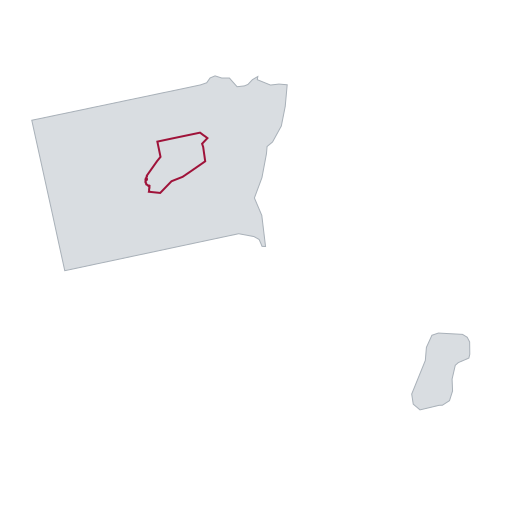 Bicurga, Centro Sur, Equatorial Guinea (highlighted), rotated 168°
{"feature_id": "11065452B87560810385120", "entity_name": "Bicurga", "entity_type": "district", "adm_level": 2, "iso_a3": "GNQ", "parent_name": "Equatorial Guinea", "parent_adm1": "Centro Sur", "projection": "albers", "projection_center": [10.52, 1.549], "detail": "fine", "context": "in_parent", "style": "outline", "palette": "rose", "viewbox_px": 512, "rotation_deg": 168, "n_neighbors": 0, "source": "geoboundaries", "source_scale": "gbopen_adm2", "svg_char_len": 2189}
<svg xmlns="http://www.w3.org/2000/svg" viewBox="0 0 512 512"><g transform="rotate(168 256 256)"><path d="M446.1,281.4L446.3,311.9L446.4,337.8L446.6,365.7L446.8,394.8L447.0,419.5L447.1,435.4L420.1,435.3L384.2,435.2L348.4,435.1L312.5,435.0L294.5,434.9L274.7,434.9L268.2,435.7L263.9,439.7L258.6,440.7L252.5,437.2L245.0,435.6L243.0,432.0L239.3,425.5L232.0,424.8L228.2,425.5L222.9,429.2L216.9,431.2L218.1,428.2L206.3,420.2L197.8,419.4L189.9,417.0L196.3,396.3L204.2,377.9L216.1,364.1L222.4,360.8L224.5,353.9L233.9,331.4L245.5,313.1L241.9,294.5L244.7,263.3L248.1,264.2L248.6,267.1L249.5,271.5L253.9,275.4L268.3,281.4L311.4,281.4L337.2,281.4L375.2,281.4L415.5,281.4L446.1,281.4ZM104.7,71.3L108.0,71.9L127.6,71.4L133.0,78.4L132.4,88.6L112.1,118.6L108.3,131.2L100.4,141.9L93.6,142.7L70.3,136.4L66.3,132.6L64.9,127.5L67.3,115.5L69.0,111.9L80.2,109.7L83.8,107.7L89.8,94.8L91.8,83.1L96.8,74.3L104.7,71.3Z" fill="#d9dde1" stroke="#a8b0b8" stroke-width="1"/><path d="M347.4,341.1L336.9,337.7L336.6,337.6L323.1,346.7L311.3,348.7L303.2,352.0L286.0,359.2L285.6,364.9L285.3,369.5L285.0,373.6L285.4,377.0L279.0,381.4L280.6,383.3L282.4,385.2L285.1,388.3L288.8,388.3L314.9,388.4L328.7,388.4L328.8,372.8L332.9,369.5L346.1,357.3L346.1,357.0L346.1,356.6L346.4,356.4L346.5,356.3L346.7,356.0L346.9,355.7L346.9,355.4L346.9,355.2L346.8,354.9L346.7,354.7L346.8,354.6L346.9,354.4L346.8,354.1L346.7,353.7L346.8,353.3L347.0,353.2L347.3,353.1L347.5,353.2L347.7,353.4L347.9,353.5L348.1,353.6L348.2,353.8L348.3,353.6L348.3,353.3L348.2,353.2L348.2,352.9L348.3,352.6L348.5,352.3L348.5,352.1L348.4,352.0L348.4,351.9L348.4,351.7L348.8,351.4L348.8,351.1L348.8,350.8L348.7,350.6L348.5,350.4L348.3,350.1L348.3,349.8L348.4,349.5L348.5,349.2L348.3,348.6L348.1,348.5L347.7,348.3L347.6,348.2L347.3,348.0L347.2,347.9L347.1,347.7L346.9,347.5L346.9,347.4L346.9,347.2L346.7,346.9L346.6,346.7L346.4,346.6L346.2,346.6L345.8,347.0L345.6,347.0L345.5,346.8L345.9,345.8L345.9,345.7L346.0,345.5L346.0,345.1L346.0,344.9L346.3,344.7L346.4,344.3L346.4,344.1L346.5,344.0L346.6,343.8L346.7,343.5L346.8,343.1L346.8,342.8L346.8,342.6L346.9,342.3L347.0,342.1L347.1,341.8L347.2,341.5L347.4,341.1Z" fill="none" stroke="#9f1239" stroke-width="2"/></g></svg>